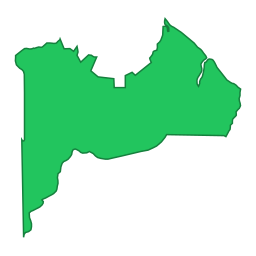 the district of Kinabatangan, Sabah, Malaysia
{"feature_id": "92858781B11608738367966", "entity_name": "Kinabatangan", "entity_type": "district", "adm_level": 2, "iso_a3": "MYS", "parent_name": "Malaysia", "parent_adm1": "Sabah", "projection": "equal_earth", "projection_center": [118.123, 5.328], "detail": "fine", "context": "isolated", "style": "filled", "palette": "green", "viewbox_px": 256, "rotation_deg": 0, "n_neighbors": 0, "source": "geoboundaries", "source_scale": "gbopen_adm2", "svg_char_len": 2708}
<svg xmlns="http://www.w3.org/2000/svg" viewBox="0 0 256 256"><path d="M240.0,92.3L240.6,89.1L237.7,87.0L236.6,85.7L236.0,85.1L233.7,83.6L232.3,83.4L230.6,82.5L226.9,80.0L221.5,73.1L216.9,67.3L216.2,65.7L214.5,62.3L213.1,60.2L211.9,59.4L209.3,59.0L208.1,59.4L207.1,60.7L205.9,62.2L204.8,62.5L204.3,65.0L204.2,67.5L203.5,71.8L202.4,76.4L201.8,77.5L200.6,79.1L199.7,81.5L199.7,83.5L198.5,86.3L197.9,85.4L197.1,83.9L197.0,82.2L196.9,80.6L197.2,79.0L198.0,77.2L199.1,75.6L199.9,74.2L201.1,72.3L201.8,70.7L201.8,68.6L201.2,66.3L200.9,64.2L201.7,62.6L202.8,61.2L203.9,60.0L205.8,58.8L206.6,57.7L205.8,55.9L204.7,54.5L203.4,52.9L202.2,51.1L200.8,49.5L199.6,48.6L197.5,47.2L194.2,43.1L181.3,32.4L173.7,27.3L171.6,26.3L169.8,24.9L168.6,23.3L167.2,21.2L165.1,18.7L164.6,20.9L164.6,22.7L164.9,24.1L166.4,25.4L167.5,26.0L168.7,27.8L168.8,29.4L168.7,31.3L167.8,31.4L167.5,30.3L167.4,28.7L167.1,27.3L166.3,26.5L165.2,26.2L163.1,26.5L162.7,35.1L160.9,40.0L159.7,41.9L157.3,44.1L157.4,47.6L156.8,50.2L154.0,51.1L153.2,51.8L152.6,54.3L150.9,56.7L149.7,58.1L150.1,59.7L151.3,62.5L135.3,75.3L132.1,72.3L125.3,75.6L125.3,87.6L114.2,87.6L113.8,78.7L98.1,76.9L90.8,70.8L96.7,57.0L94.2,57.0L92.6,56.2L91.5,55.3L88.6,54.9L80.7,62.2L77.0,55.3L78.0,52.0L77.7,49.9L77.0,46.4L73.6,51.3L69.9,48.6L64.1,48.8L60.1,39.0L59.9,39.7L59.1,40.4L57.8,41.5L56.5,43.0L55.5,43.3L54.3,43.4L53.4,43.4L52.7,43.3L50.9,43.1L49.4,43.0L48.4,43.0L46.8,43.0L45.2,44.5L43.4,46.1L42.6,46.8L41.5,47.3L40.1,47.2L38.8,47.0L36.6,47.6L34.4,48.4L33.7,48.1L31.5,48.9L29.6,49.0L26.5,48.4L24.5,48.6L21.4,50.9L15.6,55.5L15.6,57.5L15.4,60.9L16.4,64.8L17.9,66.4L19.7,68.2L22.2,69.8L23.5,71.4L24.3,74.3L24.5,92.9L24.5,139.5L24.0,140.8L22.6,141.0L21.8,139.7L23.6,237.3L24.1,234.4L25.5,232.5L28.6,231.6L30.9,229.8L31.5,226.8L31.5,223.8L30.7,220.8L29.5,217.7L29.2,212.9L31.0,211.3L33.0,210.5L39.9,206.9L42.0,205.0L43.1,203.2L43.3,201.6L41.9,199.9L43.3,198.9L45.6,198.0L49.6,195.8L51.6,194.8L53.6,193.6L56.2,191.0L56.9,189.1L57.3,186.1L58.0,183.4L57.9,180.4L57.4,177.8L58.0,173.7L60.3,171.7L60.9,166.9L62.2,163.2L63.8,161.5L65.9,160.6L68.0,159.3L70.2,156.8L71.6,154.6L72.2,151.5L73.2,149.6L75.2,149.0L76.8,149.6L79.0,150.8L80.8,152.4L82.7,153.1L86.8,152.8L89.4,151.5L93.3,153.6L95.4,155.9L97.6,157.5L100.8,158.4L105.2,159.1L108.1,159.1L111.9,158.2L121.2,156.1L141.1,151.4L148.1,150.1L153.3,147.7L156.6,146.0L161.4,141.9L163.4,139.4L165.0,137.4L166.6,134.6L224.0,135.6L225.9,136.6L227.8,133.1L228.8,131.1L230.0,129.5L230.3,127.4L230.4,125.2L232.4,123.3L232.4,121.2L232.6,119.3L234.2,117.5L235.5,116.3L236.3,115.2L236.1,111.8L237.9,109.6L239.3,108.3L240.5,105.7L240.1,103.2L239.5,101.3L239.1,98.7L240.0,95.6L240.0,92.3Z" fill="#22c55e" stroke="#15803d" stroke-width="1.5"/></svg>